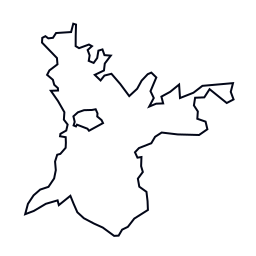 Karshi, Kashkadarya, Uzbekistan, rotated 267°
{"feature_id": "79887680B57210975668042", "entity_name": "Karshi", "entity_type": "district", "adm_level": 2, "iso_a3": "UZB", "parent_name": "Uzbekistan", "parent_adm1": "Kashkadarya", "projection": "mercator", "projection_center": [65.821, 38.728], "detail": "fine", "context": "isolated", "style": "outline", "palette": "ink", "viewbox_px": 256, "rotation_deg": 267, "n_neighbors": 0, "source": "geoboundaries", "source_scale": "gbopen_adm2", "svg_char_len": 1706}
<svg xmlns="http://www.w3.org/2000/svg" viewBox="0 0 256 256"><g transform="rotate(267 128 128)"><path d="M45.1,143.6L53.9,143.7L63.3,143.1L68.8,136.2L76.9,135.2L83.3,140.5L89.2,139.1L98.3,139.9L97.9,135.9L103.4,133.7L107.4,137.9L111.6,150.5L117.8,154.6L121.7,161.4L119.0,177.2L117.3,198.6L122.6,207.2L130.3,205.8L133.6,197.7L140.9,198.6L147.1,195.0L154.7,196.6L154.6,205.8L162.5,211.5L153.7,221.3L147.8,227.9L151.0,234.9L158.7,232.5L167.3,235.2L166.2,204.5L159.8,195.2L155.2,181.5L168.7,181.3L161.9,172.0L157.6,163.0L150.7,164.4L150.8,157.4L148.3,150.3L156.6,155.3L163.6,152.4L177.0,158.9L182.1,154.2L180.7,150.5L174.6,144.1L166.7,139.2L159.8,130.9L172.3,122.6L183.0,114.3L181.6,107.2L176.9,103.1L182.8,97.6L186.7,107.0L193.6,108.2L201.2,114.6L202.0,108.3L207.8,106.6L206.8,102.5L199.5,100.9L194.8,97.1L197.1,92.3L202.5,93.5L208.0,91.8L211.6,96.3L213.4,93.4L210.3,83.3L212.5,80.0L222.7,80.6L234.0,81.5L235.0,78.8L226.8,76.2L226.6,61.1L222.0,57.8L221.7,53.1L224.0,50.3L222.5,47.1L217.8,46.6L201.6,60.7L195.3,60.9L189.6,52.5L185.3,50.0L180.1,55.5L175.0,56.6L171.5,60.1L169.1,60.1L169.2,52.9L158.6,59.5L147.1,65.3L139.7,64.4L134.6,67.9L128.7,66.2L125.7,60.2L123.3,59.7L122.1,65.3L116.6,65.2L111.5,64.7L105.7,59.1L105.0,55.9L98.3,53.4L89.7,53.7L81.5,51.6L73.4,45.5L71.1,37.1L65.7,30.2L57.5,24.1L47.3,20.8L50.1,29.6L56.6,42.0L59.4,53.9L54.6,54.9L63.3,66.9L55.2,69.7L46.5,73.0L40.2,79.2L34.3,89.1L29.9,97.6L21.0,108.5L21.0,113.0L26.8,116.8L29.3,122.7L37.2,129.5L45.1,143.6ZM133.4,73.8L136.9,75.1L142.5,74.1L146.3,78.8L148.1,85.0L147.9,93.0L148.4,96.7L144.2,98.3L141.1,97.9L137.3,102.0L134.2,103.3L127.3,88.9L129.4,87.5L134.0,77.2L132.3,76.1L133.4,73.8Z" fill="none" stroke="#020617" stroke-width="2"/></g></svg>